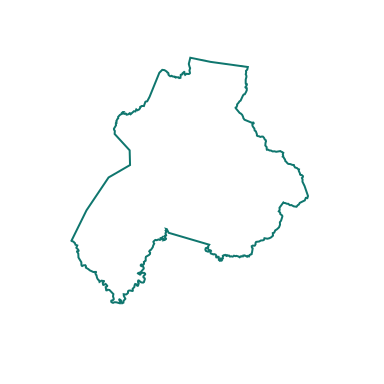 the district of La Pintada, Coclé, Panama, rotated 211°
{"feature_id": "35544464B73573459744927", "entity_name": "La Pintada", "entity_type": "district", "adm_level": 2, "iso_a3": "PAN", "parent_name": "Panama", "parent_adm1": "Coclé", "projection": "orthographic", "projection_center": [-80.565, 8.715], "detail": "fine", "context": "isolated", "style": "outline", "palette": "teal", "viewbox_px": 384, "rotation_deg": 211, "n_neighbors": 0, "source": "geoboundaries", "source_scale": "gbopen_adm2", "svg_char_len": 6036}
<svg xmlns="http://www.w3.org/2000/svg" viewBox="0 0 384 384"><g transform="rotate(211 192 192)"><path d="M108.9,223.6L108.3,230.1L107.5,230.0L106.5,230.5L104.6,230.8L103.3,231.5L101.8,231.1L101.1,231.2L100.1,232.0L97.4,232.1L94.8,233.2L94.6,235.1L94.0,236.2L94.0,238.2L91.0,242.9L91.4,245.6L90.9,246.0L90.0,246.2L90.5,248.3L98.6,255.1L102.6,257.7L103.7,259.7L105.0,260.6L104.7,261.8L105.0,262.7L106.8,263.1L107.8,262.5L108.4,262.7L109.0,263.5L111.5,265.2L111.9,266.5L113.0,266.3L114.5,266.6L116.2,266.1L117.7,266.8L118.6,267.6L120.0,266.9L122.0,266.6L123.9,265.7L125.0,265.8L127.0,266.5L127.8,266.5L129.2,267.9L130.1,268.1L131.3,269.0L132.5,269.0L132.7,270.3L133.7,271.2L133.9,272.6L135.2,272.7L136.1,272.5L137.3,272.6L140.6,269.8L142.2,269.4L143.8,268.3L145.7,268.2L147.0,267.5L148.5,267.5L149.6,266.8L150.2,267.4L151.1,268.9L153.1,269.6L154.3,272.0L154.7,273.6L155.5,274.4L156.7,274.5L158.1,275.5L159.7,276.0L160.6,275.6L161.8,274.4L163.2,274.3L164.4,273.8L165.4,273.8L166.1,274.9L168.5,276.9L170.0,277.0L171.2,278.5L173.7,279.5L174.8,280.5L175.1,281.1L174.5,282.6L175.0,283.1L175.3,283.1L176.3,282.2L184.2,281.0L185.9,281.7L187.0,282.8L188.8,284.0L190.7,284.4L191.9,284.3L197.8,286.4L198.1,286.8L197.6,287.6L197.8,289.3L198.4,290.2L198.4,290.8L198.1,292.1L198.0,294.1L197.4,295.4L198.0,300.9L197.9,302.2L197.1,303.0L197.2,305.6L197.5,307.5L198.5,309.2L199.6,309.0L200.1,309.2L200.3,309.9L200.0,311.2L200.3,312.4L200.8,312.8L201.5,312.4L202.0,312.9L203.9,316.1L204.6,318.7L205.5,319.9L206.6,320.6L207.0,322.1L208.1,323.6L207.7,325.4L208.5,327.9L243.1,313.1L262.6,306.2L260.7,300.1L258.3,297.8L257.4,297.2L256.8,294.9L255.0,292.9L255.1,292.0L255.8,291.3L257.6,290.5L258.2,288.9L259.3,289.5L260.3,290.9L260.6,290.9L261.3,288.7L260.9,287.8L262.0,286.7L260.7,283.9L261.7,283.0L262.8,283.3L264.3,282.3L265.0,282.3L265.2,281.7L265.8,281.9L266.2,281.6L266.6,281.8L267.9,281.1L269.3,281.1L269.6,280.5L270.4,280.0L271.2,280.2L271.6,280.1L272.7,280.5L273.3,281.6L274.0,281.9L274.7,281.7L275.6,282.2L278.3,282.3L280.4,281.4L281.4,277.4L277.4,251.8L277.1,246.7L278.2,245.7L278.4,245.2L277.5,240.9L278.2,240.6L279.6,239.6L279.6,238.8L280.2,238.3L279.7,236.9L279.8,235.6L280.9,233.9L282.3,234.1L282.0,231.9L283.4,231.3L284.7,226.9L285.2,226.9L285.5,227.6L285.9,227.6L286.8,225.6L287.8,224.6L288.2,224.6L288.7,225.1L289.4,225.1L290.1,224.2L291.2,224.0L291.6,223.6L291.9,223.8L291.8,225.3L292.4,225.0L292.9,223.4L292.6,222.5L293.5,220.9L294.0,218.3L293.2,217.1L293.5,216.5L293.4,213.8L292.7,213.3L292.8,212.3L292.2,212.0L292.4,211.1L291.5,210.1L291.5,206.0L291.0,205.3L289.6,204.6L288.2,201.9L266.9,195.6L259.0,183.2L271.0,161.5L273.0,121.9L270.2,88.1L269.7,88.0L268.0,88.4L266.6,87.9L266.0,87.9L264.8,86.8L262.8,87.1L262.4,84.6L259.9,84.0L258.9,83.2L259.1,82.6L259.9,82.1L259.8,81.6L257.8,80.7L255.6,77.4L250.7,74.8L249.2,72.5L248.5,72.0L248.0,72.0L247.2,73.3L245.7,74.3L244.7,73.8L244.0,72.5L240.9,72.5L239.4,72.2L235.4,72.6L233.2,74.0L232.9,73.7L233.0,72.8L232.8,72.4L231.7,71.6L231.0,71.5L229.7,70.0L228.7,69.2L227.6,68.6L226.1,68.3L225.0,67.3L224.0,69.3L221.7,70.3L221.4,69.9L221.8,68.2L220.4,66.7L219.9,66.8L218.7,68.7L216.4,68.0L216.2,67.5L217.0,66.0L214.9,63.6L214.3,63.8L214.0,64.8L212.3,65.5L206.8,64.0L206.0,61.9L204.3,60.4L203.8,59.6L204.0,58.8L205.2,57.3L205.0,56.7L204.3,56.1L202.6,56.3L201.8,57.5L200.0,58.5L196.4,59.5L196.4,60.5L198.9,62.1L199.0,62.4L198.8,62.7L197.1,62.5L195.5,61.0L194.6,60.6L193.8,61.8L194.6,63.5L194.1,66.1L197.0,67.9L197.9,69.2L195.8,70.1L195.3,71.0L194.9,72.5L195.7,74.0L195.3,75.0L194.3,75.7L192.2,76.4L191.9,76.9L193.0,78.5L192.5,81.0L193.2,82.5L193.3,83.9L191.9,84.3L191.7,83.8L190.9,83.5L190.2,83.6L190.0,84.0L190.6,86.2L191.8,86.9L192.4,87.9L192.4,88.6L191.9,88.8L189.6,88.4L188.6,88.5L187.2,89.2L186.8,90.0L187.6,93.2L188.3,93.7L189.5,93.8L190.0,94.2L190.2,95.2L189.7,97.2L190.2,97.9L191.5,98.0L193.1,97.0L194.0,96.0L194.0,95.5L193.7,94.9L194.0,94.4L196.4,94.4L196.4,94.8L194.7,96.8L193.9,101.4L194.3,102.1L195.5,102.9L197.3,102.4L198.0,102.5L198.3,103.0L198.1,103.8L197.5,104.1L196.6,104.1L196.1,105.1L196.2,105.8L197.2,107.3L196.9,107.6L196.8,108.7L196.4,109.0L196.5,109.6L197.8,111.7L198.1,112.8L196.4,115.9L196.1,117.2L196.6,118.4L198.1,119.1L198.0,120.4L197.4,121.3L197.2,124.4L197.7,126.2L197.8,128.3L198.8,128.8L199.5,129.6L198.9,131.7L198.5,132.2L197.4,132.5L196.4,134.0L194.8,134.4L194.7,135.1L195.2,136.3L194.2,137.1L194.1,137.7L193.6,137.3L193.4,136.2L192.4,137.1L191.7,137.0L191.6,136.0L190.7,136.8L190.1,138.2L190.2,138.6L191.7,139.2L192.1,139.9L192.9,139.8L192.7,140.6L191.9,141.1L191.8,141.5L193.5,143.0L193.5,144.1L194.2,145.1L194.8,145.4L194.5,146.6L195.2,147.0L194.5,147.2L191.0,145.0L150.1,155.7L150.1,152.9L149.3,152.5L149.1,151.6L150.7,151.6L151.1,151.3L151.3,150.8L150.8,149.4L149.8,148.7L147.5,149.1L146.3,150.3L147.4,150.5L147.5,151.0L146.8,151.4L145.6,151.5L145.3,151.3L145.6,150.4L144.3,149.0L141.5,149.5L141.1,150.1L139.5,150.5L137.5,149.5L137.9,148.8L137.5,148.5L136.6,148.9L135.8,150.1L135.4,149.9L134.0,147.6L132.7,147.4L132.4,148.1L132.8,149.3L132.4,149.2L131.6,148.2L131.3,148.4L131.2,149.6L131.9,150.6L131.5,151.1L132.0,151.5L132.1,152.7L132.7,153.2L132.2,154.2L131.7,154.5L131.2,155.2L130.3,155.2L129.7,155.8L129.4,155.6L129.5,155.0L129.3,155.0L128.4,156.2L127.7,156.2L127.3,156.6L126.2,156.2L125.3,157.1L124.1,157.4L123.3,158.3L123.2,159.0L121.5,159.5L121.1,160.1L119.3,160.6L117.6,160.6L117.6,161.2L116.8,161.7L116.8,162.3L115.2,163.0L115.3,164.0L114.5,164.2L114.2,164.8L111.7,164.9L111.8,165.3L111.2,165.5L111.2,165.9L110.0,166.1L110.0,166.7L110.3,166.9L110.1,167.8L109.0,169.2L108.9,169.6L109.3,169.9L109.3,170.8L111.0,175.0L112.0,175.2L112.9,176.3L112.3,177.4L110.9,178.0L110.5,178.5L110.6,179.9L111.3,181.0L111.3,182.3L108.9,184.2L108.0,185.9L106.3,187.1L105.7,188.1L106.1,189.7L103.3,190.8L101.9,192.2L100.9,193.7L100.1,196.3L101.6,198.4L100.6,199.5L100.9,202.0L100.0,203.7L99.2,206.5L99.7,209.3L101.1,211.3L100.9,213.3L101.9,217.5L102.6,218.3L105.0,218.6L105.9,219.8L107.7,220.1L107.6,221.7L108.9,223.6Z" fill="none" stroke="#0f766e" stroke-width="2"/></g></svg>